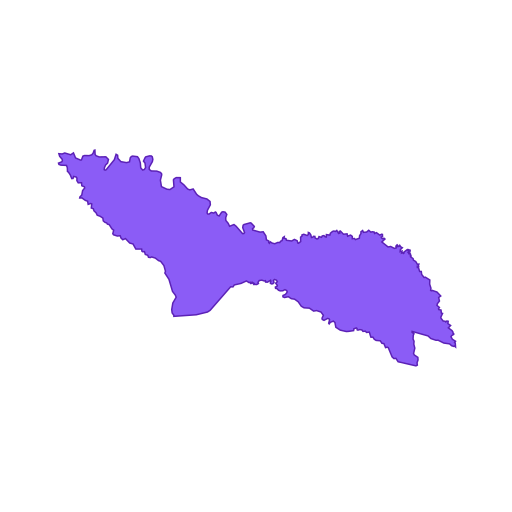 Quinsaloma, Los Rios, Ecuador (orthographic projection), rotated 102°
{"feature_id": "8360857B59163426869713", "entity_name": "Quinsaloma", "entity_type": "district", "adm_level": 2, "iso_a3": "ECU", "parent_name": "Ecuador", "parent_adm1": "Los Rios", "projection": "orthographic", "projection_center": [-79.358, -1.146], "detail": "fine", "context": "isolated", "style": "filled", "palette": "violet", "viewbox_px": 512, "rotation_deg": 102, "n_neighbors": 0, "source": "geoboundaries", "source_scale": "gbopen_adm2", "svg_char_len": 6090}
<svg xmlns="http://www.w3.org/2000/svg" viewBox="0 0 512 512"><g transform="rotate(102 256 256)"><path d="M303.5,41.9L299.7,43.0L299.2,43.8L297.9,43.1L296.6,46.6L294.4,48.5L293.1,48.0L291.6,46.3L291.0,46.4L290.8,47.1L289.5,47.5L288.2,48.8L286.3,52.9L283.5,51.2L282.2,54.3L279.9,54.4L279.9,55.8L281.0,56.7L280.5,57.4L280.7,59.4L278.5,62.0L277.5,62.5L273.4,61.6L273.3,62.8L270.4,63.8L270.4,66.1L269.7,66.5L268.2,65.9L266.7,68.7L265.0,68.7L261.9,67.2L258.6,68.7L256.7,67.0L253.6,71.5L253.0,76.5L253.5,76.8L253.4,78.0L251.1,78.2L247.4,80.3L243.3,81.0L241.5,86.0L242.1,87.1L239.6,90.1L236.8,91.1L237.1,92.7L233.7,94.6L233.7,95.4L232.8,94.7L232.4,95.8L232.1,95.2L230.1,95.0L230.5,96.5L228.2,98.6L227.3,101.2L225.9,101.8L224.6,104.7L223.7,104.3L223.2,105.2L222.2,105.1L221.5,105.8L222.5,107.3L221.7,106.6L221.0,107.8L219.9,106.3L218.3,106.4L218.1,108.2L219.4,108.2L218.3,109.4L221.4,112.1L222.4,111.9L222.9,112.4L222.2,113.4L222.8,114.2L220.8,114.2L221.8,115.9L219.7,116.1L217.5,114.6L216.9,116.4L215.7,117.6L216.8,118.0L217.4,119.6L216.2,119.5L215.7,120.3L217.3,121.2L218.9,120.5L219.8,122.2L218.7,126.3L219.7,128.7L216.1,135.8L212.6,133.4L212.0,134.5L212.8,135.9L212.1,137.2L211.4,137.5L210.6,136.3L208.6,136.8L208.5,137.5L209.8,139.3L208.1,143.1L209.3,144.7L208.0,145.4L208.1,147.4L208.8,148.6L207.4,151.1L209.6,152.8L210.5,155.8L208.9,157.0L210.5,158.4L212.2,158.0L214.6,158.9L217.1,158.6L219.3,162.2L218.4,163.4L219.1,165.4L216.8,165.9L216.1,167.3L215.9,168.0L217.6,170.5L215.4,171.5L216.5,175.0L214.0,178.7L214.6,179.6L216.2,178.8L216.8,179.9L214.2,182.3L215.4,183.3L215.4,185.1L216.1,186.3L218.3,188.0L220.2,188.1L220.4,191.6L222.8,191.2L222.9,192.3L221.9,193.8L222.6,195.4L224.1,195.8L223.9,198.4L226.0,198.8L226.7,199.9L226.1,201.9L224.6,202.5L224.8,203.9L225.9,204.4L226.4,205.6L223.9,206.8L222.3,208.5L222.1,209.7L224.1,209.3L225.3,210.2L224.8,213.8L225.8,215.4L227.0,215.2L228.3,216.3L232.6,215.3L234.7,217.1L234.7,217.7L232.5,218.9L231.8,221.9L233.9,224.2L234.3,229.5L232.8,230.3L232.8,232.3L231.3,232.4L232.4,233.5L235.5,233.7L236.4,235.0L237.9,235.6L238.2,237.5L240.1,240.2L240.0,242.9L239.2,244.9L240.8,245.5L240.2,246.4L238.7,246.6L238.0,249.2L234.3,250.5L230.8,254.0L231.8,257.0L231.3,264.6L230.0,265.1L228.8,264.0L227.4,263.8L224.8,267.6L224.7,268.5L227.7,274.3L228.6,275.0L231.0,274.9L235.4,272.1L236.6,272.6L236.9,273.8L231.0,281.7L229.8,284.1L232.4,288.0L229.8,290.0L227.5,292.9L224.8,293.6L221.4,293.2L219.5,295.4L219.6,297.6L220.3,298.7L224.5,300.4L224.1,302.3L221.7,304.1L221.4,304.9L222.8,306.3L222.7,308.8L224.8,310.7L224.9,312.1L224.0,312.8L221.4,313.0L215.4,311.3L212.2,312.3L210.4,315.9L210.2,321.5L209.1,324.9L208.0,326.9L203.5,331.4L205.1,334.5L204.7,336.8L201.4,341.3L199.3,345.4L195.1,346.3L195.9,350.3L197.5,352.1L198.7,352.6L205.4,350.6L208.9,354.0L209.2,357.0L207.8,362.9L201.7,365.3L196.2,365.1L195.1,365.5L194.1,366.9L193.6,370.7L194.6,376.2L193.5,378.4L191.3,378.9L185.3,377.0L182.9,377.0L180.5,378.1L179.9,379.2L180.2,381.0L181.9,384.4L182.7,384.9L186.6,385.8L188.2,383.9L192.4,382.4L194.6,383.2L195.5,384.7L193.7,387.1L189.0,388.5L185.1,390.8L183.5,392.6L183.9,397.5L184.6,398.6L186.0,399.4L190.2,399.3L191.6,402.1L191.8,407.8L189.2,411.4L186.2,412.3L185.6,414.0L191.3,414.6L202.8,420.5L203.4,421.4L203.1,422.4L201.0,422.6L198.2,422.0L196.0,420.5L192.2,420.4L190.2,423.5L191.7,429.9L191.2,433.3L190.1,434.5L185.9,435.6L186.3,436.3L189.3,436.7L191.2,437.7L192.5,440.1L193.4,444.7L194.3,446.1L198.3,446.7L198.7,447.4L197.6,452.9L193.1,456.0L195.5,458.3L195.0,464.5L196.5,466.8L196.9,470.1L199.3,468.8L201.7,465.7L203.0,465.2L204.2,465.5L206.2,468.5L207.4,467.8L207.7,465.8L206.8,460.2L208.9,458.9L212.5,458.0L213.0,456.9L215.2,454.6L218.6,452.3L218.2,451.1L216.1,450.9L216.1,448.4L217.1,447.3L219.5,446.9L221.4,445.1L220.6,441.9L223.5,441.0L224.0,438.2L225.1,437.7L228.0,439.2L232.6,439.1L234.8,440.5L235.9,440.5L235.4,438.3L237.1,434.5L237.4,432.1L240.4,430.9L239.0,428.6L239.2,427.5L243.3,427.1L243.6,424.9L245.5,423.9L247.0,421.4L249.1,419.8L249.5,416.9L250.7,413.7L253.4,412.7L254.5,410.7L254.7,408.9L255.7,408.0L255.8,406.1L259.4,402.6L260.3,400.6L264.0,400.7L264.9,399.7L265.3,395.8L264.4,393.1L266.5,391.8L267.8,389.7L266.1,387.3L269.6,382.2L269.8,378.8L274.2,375.0L273.0,369.3L275.0,368.6L275.4,367.6L274.9,366.0L277.5,364.6L277.8,362.0L279.6,360.9L279.5,359.0L278.6,357.9L279.0,354.0L280.8,350.3L281.0,348.2L284.5,344.1L289.7,341.4L291.6,341.6L296.9,336.3L308.0,330.3L311.0,326.8L312.9,325.5L319.3,327.6L325.9,327.3L329.1,326.2L331.1,324.0L332.1,323.8L325.9,302.2L320.9,291.8L318.7,289.6L291.4,274.4L291.0,272.1L288.8,271.2L285.9,264.9L282.4,260.2L283.5,257.2L282.9,256.2L284.0,255.5L283.8,254.9L282.4,254.4L283.1,252.4L283.5,252.8L283.6,252.1L284.3,252.2L283.7,249.3L282.4,247.9L281.4,248.6L279.3,247.7L278.4,245.3L278.7,242.8L278.2,241.7L279.5,241.2L279.2,239.3L276.7,236.7L277.6,236.2L279.5,236.4L280.1,235.2L279.7,233.8L278.2,232.9L276.3,233.9L275.1,233.0L275.4,230.9L276.7,229.8L278.5,231.1L280.3,229.0L281.0,229.0L282.4,230.6L283.6,230.1L283.5,228.8L284.8,226.9L285.1,225.1L284.4,222.5L282.9,220.7L283.4,218.8L284.5,218.1L285.7,218.3L287.5,219.3L289.0,221.4L290.3,221.2L290.7,219.5L289.1,215.9L290.4,212.6L290.2,209.3L292.0,205.2L295.7,201.3L296.7,198.3L295.9,192.9L297.9,188.2L296.8,185.4L297.3,180.8L300.0,177.8L303.1,178.5L304.3,178.0L304.8,176.1L302.2,173.0L302.2,171.7L303.0,170.8L306.7,170.9L307.2,170.3L305.4,169.5L303.6,166.8L304.6,165.0L309.1,163.1L311.0,158.2L311.1,151.9L310.5,149.8L308.7,145.0L306.8,145.1L305.5,142.9L305.8,142.2L307.2,141.7L307.3,140.9L306.4,139.2L306.3,137.1L307.5,135.7L306.8,133.4L307.8,132.0L306.9,129.3L311.5,126.8L311.1,124.7L312.8,123.1L313.6,121.0L313.1,116.8L315.2,114.7L315.1,112.7L318.7,110.2L317.9,108.8L318.1,107.6L326.4,101.9L327.7,99.7L327.0,97.9L329.9,95.0L330.2,76.7L329.2,75.5L326.9,76.3L324.0,75.9L321.5,76.6L319.9,80.6L318.6,81.6L313.1,81.5L309.5,83.3L306.5,83.7L304.6,85.1L300.8,85.7L299.2,85.3L298.3,87.4L297.3,87.6L298.4,71.1L300.4,67.8L301.0,62.4L300.5,60.4L302.1,54.2L301.7,48.4L303.1,46.0L303.3,43.7L302.8,43.2L303.5,41.9Z" fill="#8b5cf6" stroke="#5b21b6" stroke-width="1.5"/></g></svg>